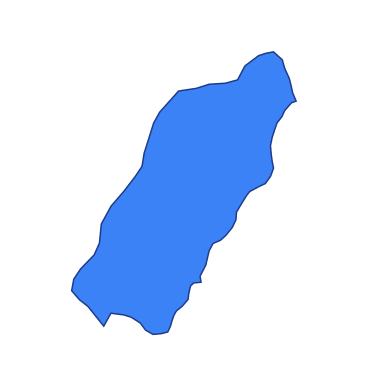 Lapathos, Cyprus, rotated 44°
{"feature_id": "46923920B60691928275078", "entity_name": "Lapathos", "entity_type": "district", "adm_level": 2, "iso_a3": "CYP", "parent_name": "Cyprus", "parent_adm1": "", "projection": "orthographic", "projection_center": [33.833, 35.276], "detail": "fine", "context": "isolated", "style": "filled", "palette": "blue", "viewbox_px": 384, "rotation_deg": 44, "n_neighbors": 0, "source": "geoboundaries", "source_scale": "gbopen_adm2", "svg_char_len": 1063}
<svg xmlns="http://www.w3.org/2000/svg" viewBox="0 0 384 384"><g transform="rotate(44 192 192)"><path d="M145.2,47.6L142.5,64.5L146.9,79.7L140.4,90.6L129.5,102.6L123.0,114.6L112.2,128.7L113.3,157.0L116.5,169.0L125.2,186.4L130.6,197.3L138.2,208.2L140.4,220.2L142.5,238.7L143.6,258.3L149.0,278.0L161.0,293.2L165.3,305.2L165.3,324.8L167.5,336.8L174.0,346.6L185.9,347.7L196.7,346.6L221.7,349.8L217.9,335.5L228.3,327.8L235.3,324.3L245.7,322.2L254.7,323.6L262.9,321.5L268.3,315.3L271.8,309.5L269.6,303.2L267.4,299.2L264.7,293.4L263.4,288.5L264.3,280.9L263.8,272.0L260.7,268.0L256.3,260.8L256.3,256.4L261.2,250.6L256.3,247.0L252.7,235.0L245.2,222.5L242.9,214.4L246.0,206.9L246.5,199.3L245.6,189.5L242.9,181.4L238.0,175.6L235.8,166.3L233.6,156.0L233.2,151.5L236.3,141.7L238.9,135.0L237.6,126.1L234.0,118.1L228.7,114.5L222.5,109.6L216.3,104.2L211.8,97.1L208.3,90.0L205.2,83.3L204.3,75.2L202.1,69.0L201.6,58.7L203.8,54.3L195.4,50.7L188.7,46.2L183.0,42.7L172.8,38.7L165.2,34.2L153.2,34.6L148.8,40.9L145.2,47.6Z" fill="#3b82f6" stroke="#1e3a8a" stroke-width="1.5"/></g></svg>